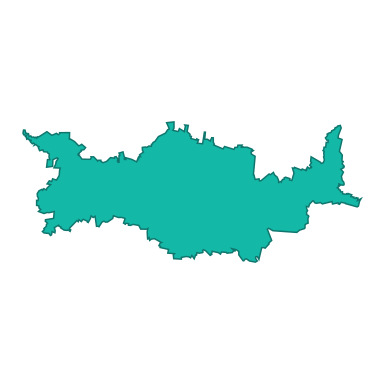 San Pelayo, Córdoba, Colombia (Mercator projection)
{"feature_id": "7082276B81203589950086", "entity_name": "San Pelayo", "entity_type": "district", "adm_level": 2, "iso_a3": "COL", "parent_name": "Colombia", "parent_adm1": "Córdoba", "projection": "mercator", "projection_center": [-75.907, 8.989], "detail": "fine", "context": "isolated", "style": "filled", "palette": "teal", "viewbox_px": 384, "rotation_deg": 0, "n_neighbors": 0, "source": "geoboundaries", "source_scale": "gbopen_adm2", "svg_char_len": 5973}
<svg xmlns="http://www.w3.org/2000/svg" viewBox="0 0 384 384"><path d="M69.5,228.2L77.0,220.5L78.2,221.7L79.0,219.7L81.3,221.6L83.1,219.3L87.2,221.1L87.3,222.0L88.2,222.5L90.4,218.5L91.1,215.9L93.2,217.5L95.1,216.3L96.5,226.3L97.6,226.1L99.0,226.8L102.0,222.1L103.9,221.2L105.5,222.1L107.6,222.0L112.7,218.5L113.4,215.8L118.6,217.5L121.4,217.4L124.6,218.2L125.1,218.6L123.5,223.1L125.3,224.2L126.0,223.2L128.6,223.7L128.5,225.2L130.5,225.4L133.0,224.4L138.8,225.4L140.7,229.1L146.7,229.2L147.8,228.5L147.2,231.9L147.6,239.0L148.3,238.9L149.1,237.7L149.7,240.4L151.4,239.1L154.5,238.7L161.4,242.5L160.4,242.7L158.9,245.7L160.5,246.4L160.1,247.5L168.5,249.4L167.8,253.1L174.4,253.7L173.3,254.9L173.7,258.7L181.4,259.1L181.4,257.4L186.2,256.5L188.7,256.8L190.6,257.8L191.9,255.5L194.2,258.8L195.6,255.0L196.5,255.1L196.9,252.7L199.1,253.2L202.3,252.7L203.0,252.2L202.7,250.5L203.3,249.7L205.6,250.7L210.2,255.4L211.5,254.6L210.9,254.3L211.9,253.0L212.2,251.3L218.5,252.7L220.4,254.1L221.7,252.0L226.3,252.4L227.0,253.2L232.2,252.6L233.7,251.0L235.8,250.8L233.6,250.2L232.0,248.7L236.3,249.7L238.8,251.5L238.8,254.9L243.1,260.8L243.8,260.8L245.2,259.1L246.4,258.8L249.5,261.0L255.4,262.1L257.3,261.0L255.5,258.3L255.8,256.8L257.4,256.6L258.9,259.4L261.7,247.7L264.1,247.6L265.1,248.2L269.1,243.9L268.6,243.1L271.7,240.5L267.3,229.2L268.7,228.3L272.9,230.7L296.8,232.4L299.7,230.1L304.4,228.6L305.0,227.9L305.0,225.0L306.2,223.8L308.1,223.2L307.9,218.3L308.8,216.4L308.4,215.6L306.8,214.7L306.5,212.0L307.6,210.7L306.7,209.1L306.4,206.4L308.6,206.9L309.6,204.0L312.8,200.8L313.5,200.9L314.6,202.7L316.2,203.3L320.5,202.6L322.3,203.9L332.0,201.6L332.5,204.0L338.3,202.8L338.7,203.2L338.4,203.9L339.5,204.3L341.1,202.3L345.5,203.2L345.5,203.6L357.2,206.9L358.4,206.1L359.6,201.1L361.0,198.7L357.4,200.6L358.1,198.2L356.1,197.6L355.9,198.4L354.5,198.1L353.5,197.7L353.8,197.1L350.9,196.5L351.8,194.8L348.1,193.5L347.9,194.1L346.6,193.7L346.4,194.3L342.6,193.8L342.5,191.8L340.6,191.8L340.3,190.1L339.3,189.9L338.4,188.9L338.6,188.4L337.3,187.7L340.1,185.4L339.5,185.0L338.0,186.0L339.0,185.2L338.9,183.9L339.5,184.0L339.5,184.7L343.0,185.2L344.0,184.8L344.1,184.0L343.8,182.3L342.2,180.2L341.4,176.3L343.4,172.2L340.8,169.2L343.2,168.0L343.3,167.2L343.9,167.4L344.2,166.2L342.1,163.7L343.2,161.5L341.9,160.9L342.3,155.1L339.4,151.3L342.1,139.5L338.0,138.0L338.5,135.0L341.2,128.0L340.3,125.4L337.5,126.1L336.7,127.4L335.2,127.6L334.5,129.5L331.7,130.8L331.3,132.2L328.6,133.3L328.2,132.7L328.4,133.5L327.6,134.4L326.9,133.6L327.5,135.7L325.4,137.9L326.9,140.2L328.2,140.2L328.0,142.5L326.2,142.4L325.7,147.2L324.0,147.2L323.8,149.3L323.0,150.6L324.3,151.7L323.7,152.9L324.1,156.1L323.6,156.7L324.4,160.2L323.1,162.8L321.4,163.5L320.4,162.2L311.1,156.8L310.6,161.6L311.5,162.5L309.7,165.3L311.6,167.0L311.4,167.6L310.7,167.3L309.7,168.6L307.5,167.0L306.2,169.3L306.7,169.4L306.3,170.6L302.2,169.0L301.5,170.1L294.6,167.4L294.5,168.1L292.4,168.0L294.0,173.1L291.8,180.5L289.6,180.0L289.9,178.6L285.5,177.2L284.1,177.9L284.1,179.3L282.5,179.5L281.4,181.6L281.3,181.2L278.7,182.5L278.6,180.4L277.1,177.0L274.6,175.0L273.4,172.4L270.5,174.7L269.1,174.0L261.0,180.7L259.4,180.8L259.1,178.9L255.1,179.4L253.9,174.8L253.4,174.7L255.1,156.3L251.6,154.2L250.9,152.2L253.2,150.7L252.2,150.4L252.8,150.1L252.1,149.2L247.1,147.2L242.0,147.3L242.4,146.8L241.3,146.7L242.1,145.1L237.9,145.2L237.5,147.3L234.9,147.4L234.0,149.4L224.6,146.5L223.0,148.9L213.7,145.0L214.3,144.2L213.3,142.2L213.3,137.8L211.7,137.7L210.2,141.1L207.5,139.3L204.7,139.3L205.4,132.2L204.4,132.1L202.6,143.8L197.3,143.2L198.6,139.8L196.8,138.9L196.6,140.0L190.8,138.5L191.4,136.4L189.9,135.9L190.0,134.2L187.1,131.7L188.3,125.4L184.8,125.0L185.4,126.1L184.3,131.6L179.4,128.6L178.6,130.8L177.8,131.5L172.9,130.3L174.0,128.1L174.0,121.9L166.6,122.7L169.3,128.8L167.6,129.8L165.5,133.1L158.4,136.6L155.0,141.4L153.0,142.5L152.4,144.0L151.4,144.3L151.4,146.3L148.9,146.0L146.9,147.3L145.3,147.0L142.3,147.4L142.4,150.1L143.4,152.1L139.6,154.8L140.5,156.6L139.1,156.5L139.1,157.6L138.4,157.3L137.7,159.0L138.1,159.6L137.5,159.6L136.6,161.8L131.7,159.4L125.7,157.7L125.9,159.5L124.4,159.4L124.5,157.8L123.0,151.9L119.0,153.1L119.9,155.2L119.0,155.6L119.0,162.3L118.3,162.4L117.4,161.3L117.9,159.0L116.1,156.6L114.5,157.0L114.4,158.2L110.5,157.6L106.5,161.5L103.0,162.7L100.9,161.4L100.9,160.3L98.2,160.3L97.7,161.0L93.7,156.8L91.0,156.8L91.3,157.6L90.4,159.3L82.1,159.2L79.4,155.7L78.3,155.4L78.0,154.4L79.2,154.0L78.7,153.4L81.4,151.1L81.1,150.2L83.9,149.7L85.6,147.6L81.7,144.3L79.6,145.6L78.5,145.6L74.6,141.6L70.5,139.1L69.4,139.1L69.6,132.6L59.6,132.7L59.6,133.7L58.2,134.7L56.5,133.3L51.9,135.3L46.9,131.7L38.7,136.9L37.7,136.9L37.2,137.6L37.2,137.0L35.8,137.6L35.3,137.3L34.8,137.8L33.7,137.0L31.8,137.3L30.8,135.9L29.1,136.5L28.5,133.7L27.2,134.1L26.9,133.3L25.9,133.4L25.0,130.1L23.5,130.1L23.0,133.2L23.7,134.8L24.5,134.7L25.3,135.8L26.2,135.9L25.5,136.6L26.3,137.1L26.7,139.1L27.8,138.4L28.3,139.5L29.7,139.8L29.8,140.7L31.0,140.4L30.6,142.0L32.3,143.8L33.5,143.1L34.1,143.5L34.6,144.5L34.2,145.3L35.9,144.5L37.5,146.1L38.9,146.6L38.3,147.6L39.6,150.7L42.9,149.9L43.6,151.7L47.6,152.1L48.0,153.3L49.3,153.9L49.0,157.0L49.8,159.6L47.5,159.6L46.6,167.2L52.6,166.4L52.9,159.6L57.1,157.8L58.1,158.6L56.1,161.6L55.7,164.1L54.0,167.8L60.3,168.1L59.6,170.3L59.2,175.5L56.5,180.1L52.6,178.8L51.7,181.5L49.3,180.8L47.1,183.9L50.6,184.6L47.0,188.1L46.3,189.9L43.8,188.7L42.7,190.2L42.0,189.3L39.0,190.8L37.2,193.6L37.4,196.3L38.4,198.1L38.1,200.6L36.6,200.4L36.6,205.4L38.9,205.9L39.0,208.0L40.7,209.4L38.5,211.5L44.0,213.5L47.1,212.5L49.0,212.7L54.2,211.6L53.6,218.4L45.5,219.7L45.3,221.2L47.5,223.2L46.4,224.6L46.3,226.4L43.9,228.5L44.3,229.8L42.4,231.5L43.9,232.9L49.0,233.5L50.4,235.5L51.5,234.9L52.1,231.6L54.9,232.8L55.2,230.8L54.4,227.6L58.6,225.2L59.0,226.3L60.9,227.0L60.7,227.9L64.1,230.1L67.1,230.4L68.0,229.9L70.1,231.4L70.7,229.9L69.9,229.5L69.5,228.2Z" fill="#14b8a6" stroke="#0f766e" stroke-width="1.5"/></svg>